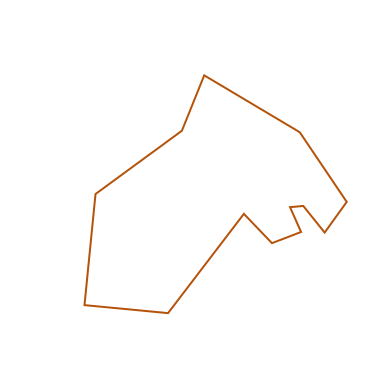 SVG path tracing the border of Bel Air, rotated 69°
{"feature_id": "SYC-5206", "entity_name": "Bel Air", "entity_type": "state/province", "adm_level": 1, "iso_a3": "SYC", "parent_name": "Seychelles", "parent_adm1": "", "projection": "mercator", "projection_center": [55.454, -4.638], "detail": "fine", "context": "isolated", "style": "outline", "palette": "amber", "viewbox_px": 384, "rotation_deg": 69, "n_neighbors": 0, "source": "natural_earth", "source_scale": "10m", "svg_char_len": 327}
<svg xmlns="http://www.w3.org/2000/svg" viewBox="0 0 384 384"><g transform="rotate(69 192 192)"><path d="M256.7,51.1L277.4,82.7L244.9,93.1L241.3,105.9L268.4,104.5L268.4,135.7L231.0,151.4L296.5,257.8L259.1,332.9L159.3,282.8L131.2,179.5L87.5,138.8L174.8,70.0L256.7,51.1Z" fill="none" stroke="#b45309" stroke-width="2"/></g></svg>